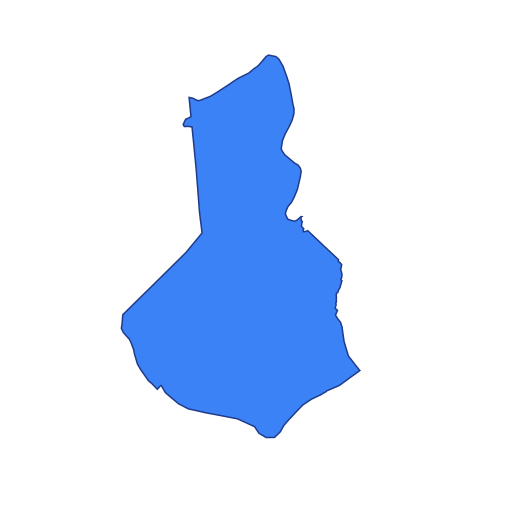 Basse, Upper River, Gambia (Equal Earth projection), rotated 40°
{"feature_id": "56634734B15786085247071", "entity_name": "Basse", "entity_type": "district", "adm_level": 2, "iso_a3": "GMB", "parent_name": "Gambia", "parent_adm1": "Upper River", "projection": "equal_earth", "projection_center": [-14.209, 13.292], "detail": "fine", "context": "isolated", "style": "filled", "palette": "blue", "viewbox_px": 512, "rotation_deg": 40, "n_neighbors": 0, "source": "geoboundaries", "source_scale": "gbopen_adm2", "svg_char_len": 2756}
<svg xmlns="http://www.w3.org/2000/svg" viewBox="0 0 512 512"><g transform="rotate(40 256 256)"><path d="M265.8,196.4L265.2,196.8L264.8,199.3L264.2,202.9L262.7,204.9L259.0,206.5L256.9,207.3L255.3,206.7L253.8,206.1L251.4,204.8L250.9,203.9L249.9,201.6L248.9,198.3L248.7,197.6L248.7,191.9L248.4,190.9L247.5,186.7L245.0,178.6L239.3,167.3L236.2,162.1L235.2,161.4L233.2,160.1L229.5,159.3L226.1,160.0L216.0,160.0L213.0,160.0L208.7,158.8L206.3,157.6L205.9,156.9L204.1,153.9L202.0,150.3L199.9,143.8L198.1,135.0L196.4,128.9L196.3,128.5L193.5,122.5L190.5,118.8L186.2,115.6L180.4,110.7L178.4,109.1L171.0,103.1L163.9,98.6L154.8,93.3L147.1,90.5L142.9,90.5L136.4,94.1L135.5,96.9L135.5,104.5L135.3,109.6L134.5,112.3L134.1,113.6L132.9,120.4L128.3,130.9L126.4,136.9L125.2,141.5L120.6,156.6L118.4,163.0L113.5,171.9L112.3,173.9L109.5,175.1L106.8,175.5L102.8,177.5L103.1,177.8L113.6,188.1L116.6,191.0L115.9,193.1L114.2,196.5L115.7,202.1L117.9,202.9L120.8,200.2L124.1,198.3L126.1,200.3L130.6,204.7L133.1,207.1L142.3,216.1L154.2,227.8L166.8,240.6L184.3,258.5L191.3,265.1L191.5,265.2L198.8,272.0L199.0,272.2L199.1,272.3L199.9,273.1L200.1,298.4L198.9,311.1L197.3,328.1L197.2,329.1L196.5,336.6L196.2,339.1L195.8,344.1L193.5,367.8L191.7,386.6L191.9,386.9L196.9,393.9L199.3,397.9L203.6,399.9L212.7,401.2L216.1,402.8L222.5,406.4L225.5,408.9L234.7,415.0L241.4,417.4L243.8,418.0L253.9,420.7L258.5,420.7L266.1,421.5L266.2,416.7L266.7,416.1L273.0,418.4L274.5,418.9L278.8,419.0L291.7,419.0L302.4,416.6L305.7,414.9L305.8,414.8L316.7,409.2L316.9,409.1L317.0,409.1L330.5,401.5L345.1,393.4L345.7,393.1L346.4,392.7L364.4,387.7L364.7,387.7L372.2,389.9L372.3,389.9L380.5,388.5L381.9,387.3L386.8,383.1L387.6,375.4L387.6,374.9L386.2,367.8L386.3,367.7L386.3,363.8L386.4,359.9L386.7,355.2L386.9,350.3L387.0,349.5L387.0,349.3L387.3,344.7L387.6,340.0L389.6,333.1L390.6,329.8L394.8,320.7L395.4,318.9L396.9,314.7L396.9,313.8L403.0,301.7L403.3,300.6L407.0,285.6L409.2,277.0L408.9,277.0L404.2,276.0L402.6,275.7L391.0,273.2L378.3,264.8L377.5,264.1L377.3,263.9L375.1,261.9L369.4,256.8L367.6,255.1L367.1,254.8L363.4,252.5L363.1,252.4L358.8,251.5L354.9,250.2L353.3,245.2L350.3,245.2L348.6,241.7L347.2,240.7L347.2,239.7L345.7,237.9L344.3,236.2L343.5,235.3L341.6,233.2L342.1,231.3L341.7,230.5L341.3,229.7L340.6,226.2L337.7,219.7L336.2,219.7L335.3,217.1L335.1,216.9L333.8,214.9L331.5,213.2L331.1,212.9L330.8,212.7L328.9,211.3L328.9,210.3L327.0,207.4L325.0,207.4L324.8,207.1L323.6,207.1L322.3,207.1L321.6,205.8L300.3,204.6L292.4,204.1L290.1,204.0L287.5,203.8L282.0,203.5L279.3,203.3L278.3,205.3L276.6,206.9L275.6,205.9L275.4,205.3L274.9,204.3L273.2,204.3L271.7,204.0L270.9,202.7L270.0,201.4L269.6,200.4L269.3,199.8L268.3,199.8L265.6,197.8L265.8,196.4Z" fill="#3b82f6" stroke="#1e3a8a" stroke-width="1.5"/></g></svg>